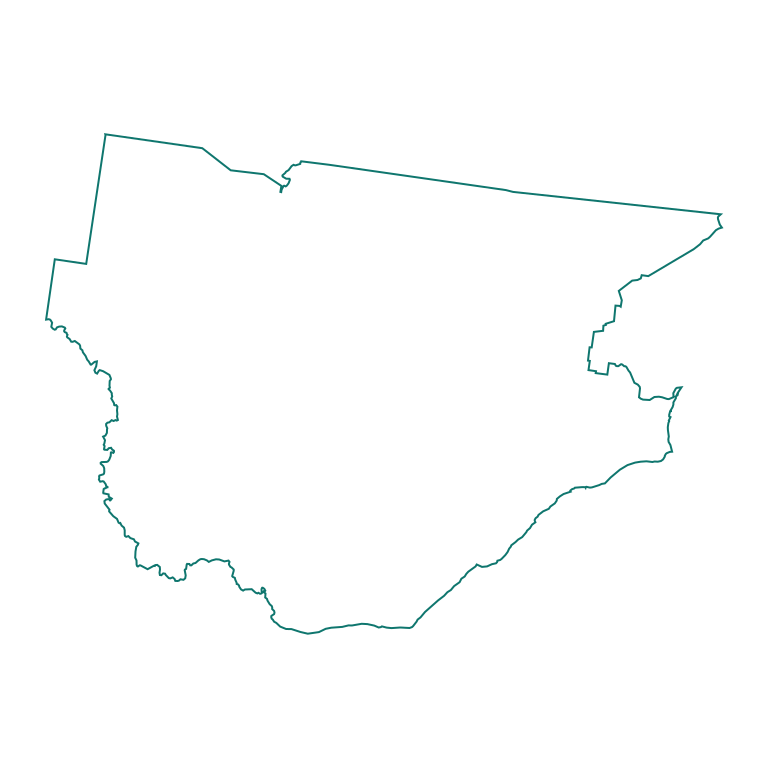 the district of Wyndham, Victoria, Australia
{"feature_id": "25037944B15313699759774", "entity_name": "Wyndham", "entity_type": "district", "adm_level": 2, "iso_a3": "AUS", "parent_name": "Australia", "parent_adm1": "Victoria", "projection": "mercator", "projection_center": [144.582, -37.893], "detail": "fine", "context": "isolated", "style": "outline", "palette": "teal", "viewbox_px": 768, "rotation_deg": 0, "n_neighbors": 0, "source": "geoboundaries", "source_scale": "gbopen_adm2", "svg_char_len": 6065}
<svg xmlns="http://www.w3.org/2000/svg" viewBox="0 0 768 768"><path d="M720.8,214.3L513.0,191.9L506.0,190.1L329.3,164.8L301.2,161.3L301.0,162.0L300.4,162.4L300.2,163.9L295.8,165.3L294.8,165.3L293.6,164.8L291.6,166.1L288.6,170.1L285.9,171.8L285.3,172.9L282.5,175.3L282.4,175.9L282.8,176.7L286.2,178.7L289.5,178.8L289.9,179.9L288.5,183.4L286.8,185.6L285.7,186.4L284.1,185.7L283.5,186.1L281.6,189.7L281.2,192.1L280.4,191.9L281.4,185.9L263.8,174.2L230.7,170.3L202.3,148.2L105.3,134.3L105.5,135.1L86.2,263.9L54.8,259.3L46.1,319.6L48.6,319.2L49.8,319.5L50.7,320.3L52.1,322.7L51.3,326.8L52.8,328.6L54.7,329.7L55.7,329.4L57.0,327.4L59.1,326.6L61.9,326.4L64.8,327.6L65.3,328.4L64.2,330.4L64.2,331.4L64.8,332.1L66.5,332.8L66.9,334.1L67.5,334.8L66.9,336.4L67.2,337.3L69.6,339.0L71.2,341.7L72.6,341.8L74.8,341.0L79.4,344.4L80.1,345.7L80.4,348.6L82.4,350.3L82.9,352.3L85.6,356.0L87.2,359.7L88.7,361.4L90.6,364.6L91.3,364.6L94.6,361.9L96.9,361.4L96.2,366.3L94.4,370.2L95.4,372.7L97.1,373.6L98.9,370.7L99.7,370.1L103.1,371.2L109.4,374.9L110.8,378.3L110.9,379.3L109.7,381.0L109.5,385.8L109.9,387.7L108.6,388.8L108.6,389.2L110.0,390.5L111.8,393.2L111.8,394.9L112.2,396.4L111.3,398.5L114.0,403.2L114.2,405.0L115.0,405.4L116.2,405.1L117.4,406.6L117.0,410.3L117.4,414.2L117.0,416.6L117.9,420.0L116.8,420.6L115.5,420.1L113.6,421.0L111.6,420.2L109.4,422.3L107.4,422.7L106.1,424.0L106.2,425.8L107.3,428.3L107.0,429.4L106.9,432.9L105.4,435.6L103.1,436.6L105.0,440.2L104.3,443.7L103.7,444.8L104.6,446.1L104.0,449.2L104.4,449.7L107.3,449.9L108.8,448.2L111.1,447.8L112.1,449.5L113.9,450.7L114.0,451.9L113.3,452.9L111.8,452.3L110.9,452.5L110.7,456.0L109.2,459.8L107.9,461.4L106.7,461.9L101.6,462.1L100.7,462.7L100.7,463.7L103.2,465.9L103.7,467.0L104.2,468.3L104.3,471.7L104.0,473.6L103.3,474.3L99.5,475.5L99.1,476.2L99.3,478.0L98.9,479.6L100.2,481.7L102.7,481.2L103.7,481.5L105.8,484.4L106.1,486.0L107.5,486.9L107.5,487.3L106.3,487.5L105.7,488.2L104.8,488.3L103.7,489.0L103.2,492.6L103.4,493.3L108.6,494.4L108.8,496.8L111.8,498.6L110.4,500.4L109.9,500.4L109.2,499.3L108.5,499.1L106.2,499.5L104.4,501.1L104.7,503.5L109.5,509.7L109.1,511.0L109.2,511.5L113.3,516.2L117.0,518.9L118.6,522.7L119.7,523.3L120.3,523.0L121.6,525.6L124.0,527.6L124.7,530.2L124.7,535.0L125.0,536.0L126.2,536.8L128.4,536.1L130.4,538.1L133.9,539.3L135.0,541.5L138.4,543.4L137.9,544.8L136.3,546.8L135.5,551.5L135.2,557.7L136.5,560.5L136.6,564.8L137.2,566.2L137.9,566.5L139.7,565.3L140.5,565.4L147.6,569.2L153.8,565.8L154.8,566.0L155.2,565.1L157.2,564.9L159.8,567.0L160.0,569.5L159.5,572.8L159.9,575.0L161.4,575.2L163.2,573.4L165.1,573.7L165.8,575.0L168.8,578.1L170.2,578.4L172.7,577.4L174.6,579.0L175.3,580.9L177.7,581.0L179.0,580.6L180.4,579.3L183.5,579.8L185.2,578.3L185.7,575.4L184.7,570.2L184.9,569.6L186.1,568.9L186.7,564.6L187.1,563.9L189.4,564.0L190.2,565.3L191.4,565.3L193.3,563.5L195.5,563.0L198.4,560.4L200.4,559.2L201.8,559.0L204.0,559.2L206.9,560.4L208.8,561.9L211.8,560.4L216.0,559.3L219.2,559.5L224.4,561.4L228.5,560.6L229.5,561.9L228.9,563.7L229.0,564.6L230.4,566.9L231.5,567.4L233.7,569.5L233.7,570.8L232.2,576.1L232.8,576.9L234.8,577.8L235.3,579.8L236.6,582.7L236.7,584.0L237.9,584.3L239.0,585.5L239.3,586.8L241.0,589.4L243.1,590.6L244.9,589.5L251.7,589.2L255.6,592.7L257.3,593.4L258.4,592.8L260.1,593.8L261.3,593.5L263.0,592.1L262.1,592.6L261.7,591.8L261.5,589.2L262.1,587.8L262.7,587.7L264.3,588.8L265.3,590.7L264.8,591.4L263.8,591.2L263.5,591.8L265.5,593.5L265.2,597.5L267.0,598.9L267.5,600.6L269.7,604.2L271.8,606.1L272.2,607.4L272.2,609.1L274.1,610.9L274.5,612.6L274.1,614.1L271.4,615.9L271.2,617.0L271.7,618.7L272.8,619.6L274.1,621.7L276.3,622.9L280.2,626.6L286.1,629.0L291.5,629.1L300.5,632.0L307.8,633.7L318.9,632.1L325.7,628.8L331.3,627.7L342.3,626.9L348.5,625.4L351.9,625.5L361.7,623.8L367.4,624.1L374.3,625.6L378.7,627.5L380.9,627.1L381.9,626.4L386.6,627.6L391.4,628.1L400.3,627.5L409.5,628.0L412.0,627.1L413.1,626.1L416.6,621.6L417.6,619.6L420.5,617.4L425.0,612.0L438.1,600.4L444.1,595.8L447.4,592.2L450.9,590.0L454.1,586.1L459.6,582.2L461.4,578.7L464.7,576.5L466.3,573.9L468.3,571.7L475.6,566.4L476.7,564.5L482.0,566.9L487.1,566.4L491.9,564.2L496.0,563.3L497.1,562.1L497.4,560.7L500.1,560.0L501.5,559.0L505.3,555.1L507.6,552.0L509.2,548.6L510.8,546.7L511.3,545.3L515.5,542.1L518.1,539.6L522.2,537.1L526.3,532.2L527.1,530.6L530.0,528.1L532.0,524.7L535.4,522.3L534.7,520.6L534.8,519.6L535.7,518.1L537.6,516.7L538.5,514.9L543.2,511.3L548.8,508.8L550.4,506.5L554.8,503.4L556.7,500.6L556.9,498.9L560.0,496.3L563.6,494.0L570.6,491.7L570.1,491.1L570.3,490.6L572.0,489.2L574.3,488.4L574.9,487.7L582.4,487.1L585.3,487.2L585.6,487.7L585.8,487.0L586.3,486.8L589.9,487.6L591.9,487.4L599.2,485.1L601.7,483.9L604.9,483.4L610.6,477.5L619.9,469.7L627.5,465.1L635.1,462.6L640.7,461.7L646.5,461.3L652.4,462.0L654.6,461.5L657.8,461.7L661.0,461.0L663.1,459.4L664.8,456.6L664.8,455.8L665.8,454.0L666.7,453.2L669.8,451.9L672.1,451.7L670.4,445.0L668.6,441.9L668.3,439.3L668.8,436.5L667.9,429.9L667.8,427.2L668.4,423.0L669.2,421.1L668.8,420.5L670.5,417.1L669.2,416.5L669.2,414.8L670.1,411.4L671.0,411.2L671.0,410.5L670.7,410.3L672.6,407.1L673.4,404.5L673.4,402.4L675.9,398.2L675.9,396.9L675.3,396.7L677.5,395.3L677.7,394.5L676.9,394.8L677.7,393.0L681.5,387.3L677.0,387.8L675.8,388.6L673.3,393.2L673.5,395.9L673.2,397.3L668.9,399.1L667.2,399.0L662.2,397.3L658.9,396.7L654.4,397.0L649.7,400.0L643.0,399.6L640.8,398.7L639.0,397.3L640.0,388.4L639.7,386.8L637.8,384.6L634.4,382.8L630.1,372.5L628.5,370.6L626.5,367.1L625.6,366.3L624.2,366.2L622.2,364.5L621.1,364.2L618.4,366.1L616.8,366.1L615.8,365.7L614.9,364.0L608.9,363.2L607.3,374.6L595.7,373.1L596.0,371.2L588.5,370.1L589.8,360.9L588.0,360.6L589.6,347.3L591.7,347.4L593.9,331.9L603.1,330.8L603.4,325.7L605.9,324.9L605.7,323.8L614.0,321.2L615.5,305.6L619.5,305.9L620.7,306.7L621.8,300.3L618.8,290.9L632.2,280.6L637.5,280.0L640.8,278.4L641.7,275.2L648.3,276.1L693.8,249.1L700.1,244.2L703.2,240.5L708.2,238.4L710.1,236.7L715.9,230.2L718.6,228.6L721.9,227.6L719.8,224.6L718.0,219.1L717.9,217.5L718.3,216.5L720.8,214.3Z" fill="none" stroke="#0f766e" stroke-width="2"/></svg>